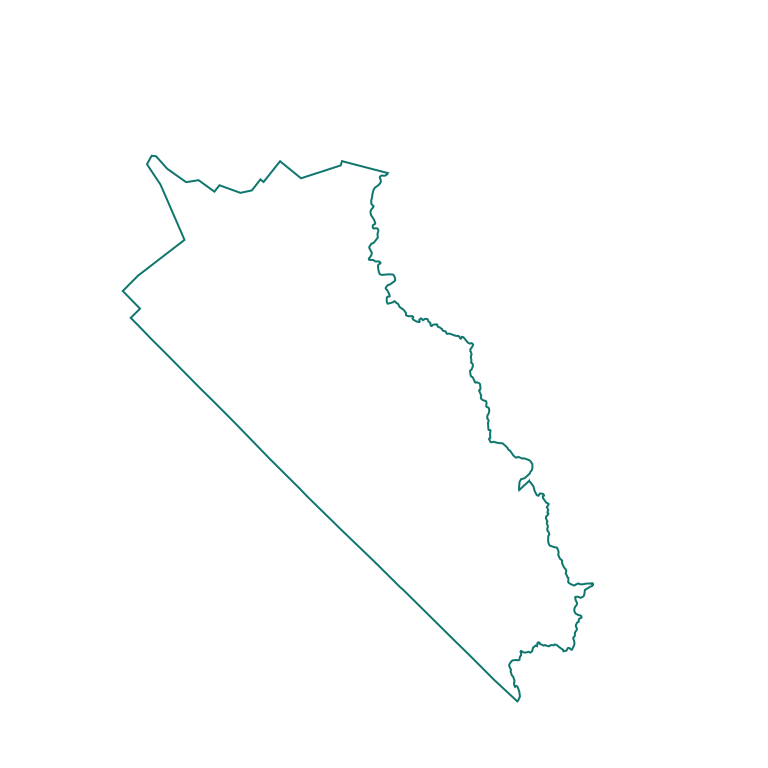 the district of Coos, New Hampshire, United States of America, rotated 138°
{"feature_id": "52423323B57801293190236", "entity_name": "Coos", "entity_type": "district", "adm_level": 2, "iso_a3": "USA", "parent_name": "United States of America", "parent_adm1": "New Hampshire", "projection": "orthographic", "projection_center": [-71.462, 44.696], "detail": "fine", "context": "isolated", "style": "outline", "palette": "teal", "viewbox_px": 768, "rotation_deg": 138, "n_neighbors": 0, "source": "geoboundaries", "source_scale": "gbopen_adm2", "svg_char_len": 6019}
<svg xmlns="http://www.w3.org/2000/svg" viewBox="0 0 768 768"><g transform="rotate(138 384 384)"><path d="M340.9,214.9L354.5,214.7L354.0,215.6L349.0,220.4L346.0,221.5L342.3,219.9L335.8,219.9L333.8,220.8L331.9,221.0L330.0,222.2L327.4,225.1L326.8,228.3L327.1,230.3L329.4,234.8L331.1,236.0L332.9,239.9L335.2,240.9L335.7,244.0L335.0,249.9L335.5,252.1L335.2,253.5L334.9,254.1L335.6,260.7L337.8,262.8L339.6,265.1L341.0,267.5L343.4,269.0L343.6,269.5L342.9,272.6L342.4,273.0L341.5,272.7L340.9,272.9L340.4,273.8L338.0,276.5L336.1,278.1L335.9,278.5L336.0,278.9L336.9,279.8L336.7,280.5L332.8,285.5L331.2,286.4L330.6,287.1L330.4,287.6L330.3,289.4L328.2,291.4L326.1,292.0L324.0,293.3L322.6,295.2L322.3,295.7L322.3,296.8L323.0,298.2L323.0,299.0L321.0,300.8L320.3,301.6L319.8,302.5L319.8,303.6L320.5,304.2L321.4,306.1L321.6,307.7L321.6,308.4L321.0,309.3L319.5,310.2L317.8,315.4L317.2,315.8L316.8,315.8L316.7,315.4L315.6,315.8L313.2,318.9L312.7,320.0L312.9,321.3L313.7,323.0L315.1,323.8L315.2,324.8L314.7,325.7L313.6,329.6L314.2,331.3L313.6,332.9L311.4,336.0L311.0,336.3L309.4,336.1L306.1,337.7L304.6,339.7L304.7,340.6L305.0,341.2L304.9,341.6L302.9,343.4L301.7,345.7L300.3,346.8L299.0,347.5L298.0,349.5L298.0,350.5L296.6,352.0L294.4,352.4L291.6,353.4L291.4,353.8L291.3,355.0L291.6,355.8L293.2,356.6L293.9,358.4L293.9,362.0L293.7,363.1L293.7,365.6L294.0,366.3L294.6,367.0L294.9,367.0L296.2,366.2L296.7,366.4L296.8,366.8L296.4,369.0L296.4,369.7L298.4,371.7L301.5,377.5L303.5,379.0L303.7,379.7L303.1,381.4L303.1,381.9L303.3,382.4L303.9,382.9L304.6,384.5L304.1,385.6L304.7,388.7L305.6,390.4L305.4,391.6L304.7,392.6L304.8,392.9L307.1,394.8L308.1,395.2L309.8,395.2L310.2,395.9L310.0,396.6L308.8,398.2L308.8,399.1L309.2,400.3L308.4,402.5L308.4,403.4L309.8,404.9L312.4,405.4L312.5,406.0L312.3,406.8L312.4,407.4L312.8,408.1L314.6,408.2L315.2,407.6L315.6,406.6L316.2,406.4L316.8,407.0L317.8,408.3L319.0,411.5L319.2,412.8L318.9,413.7L317.5,414.1L317.5,415.2L317.7,415.6L320.5,418.0L321.6,420.4L320.1,422.3L319.8,426.1L320.7,430.0L320.8,431.3L320.1,433.3L320.0,434.4L320.6,436.0L320.5,437.4L320.9,438.6L322.5,438.7L325.8,440.2L327.5,441.3L326.9,443.2L326.0,444.4L324.2,446.2L323.2,446.5L322.5,446.2L321.8,445.6L321.0,445.4L320.2,446.7L319.0,450.7L318.8,451.7L319.0,453.5L318.5,454.2L317.2,454.7L314.8,454.9L312.6,453.9L307.0,453.4L306.3,453.7L305.6,454.4L304.7,455.9L304.1,457.9L304.0,458.8L304.5,459.9L307.8,462.9L312.7,466.6L313.5,468.1L313.5,469.0L312.9,470.4L312.0,472.2L309.9,475.4L308.6,476.3L308.1,476.4L305.9,476.1L305.4,476.8L305.5,477.9L306.2,478.9L308.2,480.6L308.5,481.2L308.9,483.0L309.6,484.0L311.7,485.8L311.9,486.2L311.7,486.9L311.3,487.4L308.8,487.7L306.4,488.6L305.0,490.1L304.9,491.3L304.0,494.6L303.4,495.6L299.5,496.7L297.1,495.8L290.7,496.9L288.2,500.1L286.8,500.8L285.7,501.6L285.0,502.7L284.9,503.2L285.0,504.3L285.5,504.9L287.6,506.5L287.8,507.4L286.9,508.7L286.0,509.4L283.3,509.0L282.9,509.4L281.4,512.8L280.7,517.7L279.6,520.1L278.7,521.2L276.9,522.1L273.7,522.6L273.0,522.9L272.7,523.4L273.0,524.4L272.7,526.7L270.5,529.1L268.5,530.3L265.3,533.0L262.0,535.2L259.3,536.0L255.1,535.5L253.1,535.7L251.4,536.2L250.7,536.8L249.9,537.9L248.9,540.3L248.6,540.6L247.9,540.8L246.2,540.5L244.4,538.5L243.7,538.1L241.5,537.7L240.0,538.1L266.1,577.7L269.9,575.4L308.0,592.4L312.2,619.1L338.3,614.7L338.9,618.7L352.7,616.3L362.8,622.1L373.3,641.8L381.3,640.4L385.4,659.5L396.0,666.4L401.1,689.0L401.0,705.7L403.9,709.1L413.1,705.9L416.7,681.6L435.8,624.6L494.4,629.1L515.9,627.9L514.9,603.2L528.0,602.6L527.5,593.5L526.8,572.8L525.7,552.9L523.4,502.0L522.5,487.9L520.9,457.0L519.0,405.1L516.6,362.0L516.3,351.8L513.3,304.2L510.0,258.5L507.9,221.6L507.5,219.0L503.2,144.9L501.9,125.2L500.1,90.1L497.3,58.9L496.7,58.9L495.2,59.4L492.1,60.8L489.4,64.7L488.1,67.7L487.3,70.1L487.6,70.9L487.9,71.3L489.2,71.2L488.6,73.3L487.4,74.9L486.4,75.3L485.3,76.6L483.9,80.1L483.9,82.0L482.2,85.7L480.9,86.6L479.5,91.0L478.7,91.6L476.7,92.3L474.6,92.7L473.4,92.6L470.5,90.5L469.6,89.2L467.9,88.4L466.1,89.9L464.7,90.6L463.9,90.5L462.4,92.0L462.0,93.2L461.5,93.8L461.1,94.0L460.5,93.4L460.4,92.5L460.0,91.3L458.6,89.8L457.0,88.8L455.8,88.3L455.2,86.7L454.6,86.4L452.8,86.3L449.5,88.4L446.2,88.1L445.7,86.8L444.2,87.8L443.4,88.8L442.3,88.8L441.5,87.8L442.1,86.8L440.6,83.2L440.3,82.7L439.1,82.3L437.2,79.0L436.8,78.6L435.0,78.5L432.7,76.3L431.5,76.3L430.6,74.8L430.2,74.1L429.9,71.3L428.8,66.7L429.5,65.5L428.9,64.9L426.7,63.8L424.2,64.7L423.6,64.6L422.8,63.4L422.9,62.5L422.5,61.0L422.2,60.8L417.7,62.5L415.9,63.9L414.5,66.1L413.8,68.0L413.0,68.9L411.0,69.0L409.5,70.3L408.5,71.5L405.7,72.2L404.5,72.8L403.8,74.5L403.7,75.3L402.7,76.5L399.9,77.5L398.5,77.0L397.0,78.5L396.4,78.8L395.8,78.8L393.6,78.2L392.8,79.4L392.7,80.0L393.1,80.9L394.1,82.0L395.1,84.9L395.1,86.2L394.9,87.0L394.2,88.3L392.8,89.7L390.8,90.6L389.4,90.7L387.6,91.5L387.3,91.9L386.5,93.8L386.4,94.7L385.2,96.8L384.6,97.6L384.3,97.7L382.9,96.8L381.9,95.6L381.0,93.5L377.9,92.7L376.3,93.3L372.5,96.5L366.5,95.4L364.4,94.6L363.0,94.9L362.4,95.7L362.4,96.5L362.8,96.9L363.7,96.8L364.4,98.0L367.0,100.1L370.9,102.6L372.4,104.1L372.8,105.0L372.9,105.7L373.1,105.8L375.5,106.6L376.1,106.5L377.7,107.2L379.3,110.8L379.7,112.2L379.7,113.5L376.8,116.4L376.9,117.5L375.6,121.8L374.1,122.7L373.3,123.5L373.1,124.3L372.9,127.5L371.8,131.1L370.7,132.7L369.7,133.6L370.1,136.2L369.9,137.1L368.9,140.3L368.5,140.9L367.7,141.3L366.5,142.5L365.0,146.2L365.5,147.6L366.5,148.5L368.9,152.9L368.7,154.1L368.1,156.0L366.8,157.8L363.7,161.0L361.8,161.6L360.7,163.9L360.8,164.5L360.4,166.3L359.2,167.5L358.1,167.9L357.0,169.3L356.4,171.3L355.6,172.2L354.6,172.4L353.6,175.7L352.1,177.1L350.6,177.0L348.6,177.5L348.5,177.8L348.9,178.2L348.8,178.7L347.8,179.8L346.5,180.2L345.4,182.8L345.4,183.5L342.1,184.4L341.9,184.9L342.8,187.3L342.2,192.8L341.1,194.3L340.3,193.9L339.6,194.1L339.4,194.6L339.4,196.0L341.0,198.0L341.5,198.2L342.4,198.2L343.9,197.6L344.7,198.7L344.7,199.7L343.6,203.7L341.4,208.0L341.0,213.4L341.3,213.8L341.3,214.4L340.9,214.9Z" fill="none" stroke="#0f766e" stroke-width="2"/></g></svg>